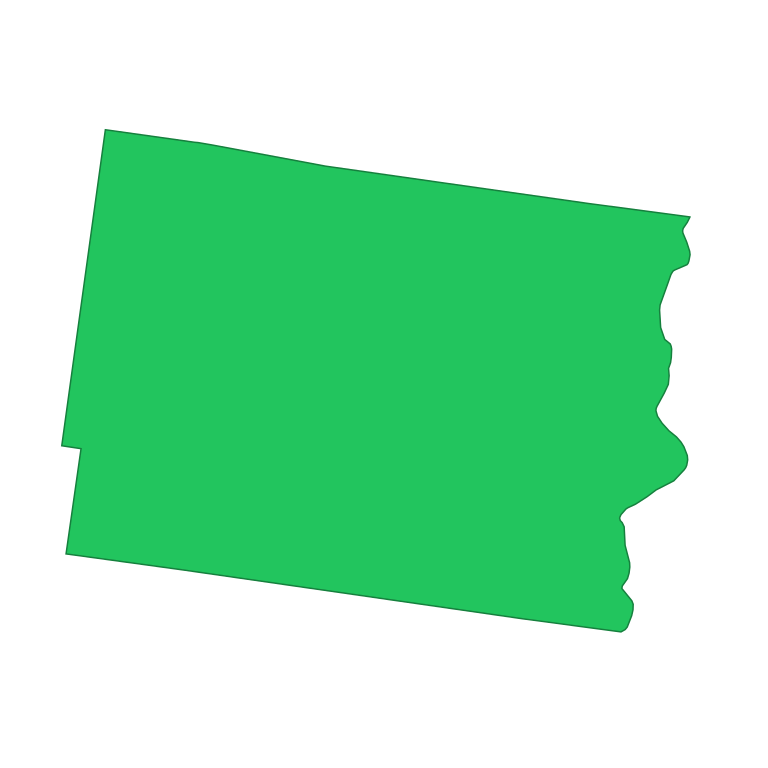 the district of St. Croix, Wisconsin, United States of America, rotated 188°
{"feature_id": "52423323B83596811379521", "entity_name": "St. Croix", "entity_type": "district", "adm_level": 2, "iso_a3": "USA", "parent_name": "United States of America", "parent_adm1": "Wisconsin", "projection": "equal_earth", "projection_center": [-92.697, 45.034], "detail": "fine", "context": "isolated", "style": "filled", "palette": "green", "viewbox_px": 768, "rotation_deg": 188, "n_neighbors": 0, "source": "geoboundaries", "source_scale": "gbopen_adm2", "svg_char_len": 1174}
<svg xmlns="http://www.w3.org/2000/svg" viewBox="0 0 768 768"><g transform="rotate(188 384 384)"><path d="M675.2,171.5L556.5,171.9L214.0,170.8L114.8,171.5L111.0,174.4L109.3,177.2L106.5,189.0L106.0,195.0L106.6,200.6L108.4,203.8L120.0,214.6L119.9,217.2L115.8,225.2L115.0,230.8L115.1,236.9L115.9,241.2L122.8,257.8L126.3,276.0L128.8,279.8L131.0,281.6L132.0,283.9L131.9,285.0L131.1,287.7L127.0,293.9L125.3,295.4L118.1,300.1L107.7,309.1L99.8,317.0L83.5,328.5L83.0,329.2L82.8,329.5L74.8,340.8L73.6,343.1L72.9,345.7L72.7,351.1L73.7,355.4L78.3,363.6L81.8,367.8L86.9,372.2L95.3,377.3L103.2,383.9L108.6,390.0L111.0,395.4L111.1,397.7L110.5,400.0L105.3,413.8L102.4,423.2L102.8,431.9L104.4,439.1L103.2,445.0L103.2,450.3L104.0,458.6L104.9,461.3L106.1,463.5L112.2,467.2L117.9,478.4L121.4,495.6L121.6,500.7L116.9,523.3L115.1,532.3L114.0,535.0L113.2,536.4L111.6,537.6L100.6,544.3L99.7,545.8L99.2,548.2L98.9,554.6L99.8,558.0L103.9,566.5L109.0,575.1L109.6,577.2L109.4,579.7L106.2,586.2L104.3,591.8L104.3,592.0L206.3,591.2L358.4,591.4L472.5,591.6L588.1,596.8L601.8,597.2L605.3,597.0L695.3,597.0L694.5,278.0L675.0,277.8L675.2,171.5Z" fill="#22c55e" stroke="#15803d" stroke-width="1.5"/></g></svg>